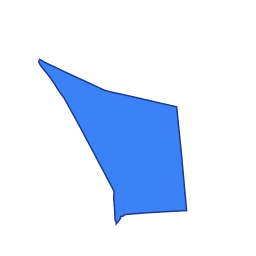 outline of Teixeirópolis, Rondônia, Brazil, rotated 65°
{"feature_id": "56859067B79594845024036", "entity_name": "Teixeirópolis", "entity_type": "district", "adm_level": 2, "iso_a3": "BRA", "parent_name": "Brazil", "parent_adm1": "Rondônia", "projection": "mercator", "projection_center": [-62.287, -10.933], "detail": "fine", "context": "isolated", "style": "filled", "palette": "blue", "viewbox_px": 256, "rotation_deg": 65, "n_neighbors": 0, "source": "geoboundaries", "source_scale": "gbopen_adm2", "svg_char_len": 737}
<svg xmlns="http://www.w3.org/2000/svg" viewBox="0 0 256 256"><g transform="rotate(65 128 128)"><path d="M227.6,109.8L172.3,89.9L129.4,75.0L115.9,92.3L104.5,106.9L103.4,108.3L95.3,118.7L91.6,123.7L90.5,125.1L88.0,128.4L84.4,132.8L79.2,137.3L75.0,140.8L50.1,161.8L41.4,169.0L33.4,175.6L28.4,179.1L30.3,180.9L32.6,181.0L35.9,180.5L49.4,177.2L56.8,176.0L63.7,175.2L74.4,173.2L106.3,171.1L154.4,168.6L164.3,168.1L179.9,167.4L181.1,168.3L185.8,170.7L187.4,171.4L189.2,171.9L195.2,174.2L198.5,175.5L203.1,177.4L204.8,178.2L206.5,178.6L208.1,178.3L209.9,179.2L208.0,175.2L206.7,173.0L205.1,172.2L205.9,169.3L205.2,167.7L205.8,165.5L212.4,147.8L219.6,129.6L226.7,112.0L227.6,109.8Z" fill="#3b82f6" stroke="#1e3a8a" stroke-width="1.5"/></g></svg>